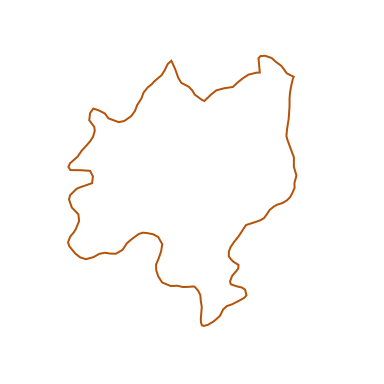 outline of Aghjabadi District, Ağcabədi, Azerbaijan, rotated 341°
{"feature_id": "54616110B84161876100413", "entity_name": "Aghjabadi District", "entity_type": "district", "adm_level": 2, "iso_a3": "AZE", "parent_name": "Azerbaijan", "parent_adm1": "Ağcabədi", "projection": "orthographic", "projection_center": [47.427, 39.997], "detail": "fine", "context": "isolated", "style": "outline", "palette": "amber", "viewbox_px": 384, "rotation_deg": 341, "n_neighbors": 0, "source": "geoboundaries", "source_scale": "gbopen_adm2", "svg_char_len": 2244}
<svg xmlns="http://www.w3.org/2000/svg" viewBox="0 0 384 384"><g transform="rotate(341 192 192)"><path d="M215.2,61.2L210.7,63.1L205.4,68.4L201.2,71.7L192.1,75.2L189.3,76.9L184.2,78.7L178.6,82.2L174.6,87.1L168.3,92.1L164.6,96.7L159.2,100.5L151.1,102.8L145.5,102.1L136.9,95.1L135.2,89.4L129.9,84.0L125.8,81.0L121.3,84.2L118.2,90.7L118.3,91.0L120.8,98.7L119.9,102.7L116.3,107.7L112.3,110.8L108.0,113.3L100.6,117.4L95.4,121.3L86.1,125.1L83.3,128.0L84.2,131.7L94.2,135.3L102.5,138.8L103.4,145.0L100.4,151.1L88.1,151.1L83.9,151.4L75.6,155.4L73.3,159.0L73.3,163.6L73.3,167.5L77.3,176.1L75.8,182.7L69.9,189.4L66.9,191.8L62.4,194.5L58.4,199.2L58.3,203.2L61.5,212.0L65.0,217.4L69.8,221.0L77.7,221.5L84.2,220.3L90.0,221.1L94.4,223.5L100.0,225.6L107.5,224.1L113.7,219.3L119.2,217.1L127.8,214.4L132.1,214.4L135.9,216.1L141.4,219.2L145.4,223.6L146.9,231.7L144.8,235.6L143.5,238.0L139.3,243.4L134.3,249.1L133.4,252.0L132.7,254.6L132.6,260.7L134.3,267.8L141.3,274.0L147.5,275.8L152.5,278.9L158.0,280.6L163.0,281.9L164.1,283.3L165.7,287.5L166.3,292.2L164.9,297.8L163.8,303.9L161.5,309.2L159.1,314.6L158.0,318.2L158.0,320.5L158.0,321.3L159.5,322.4L163.7,322.8L169.6,321.6L173.5,320.2L178.3,318.1L183.0,313.3L187.7,311.2L193.5,311.2L201.7,310.0L206.8,309.1L208.0,308.5L209.9,307.4L210.4,301.5L208.0,298.5L204.4,296.3L201.3,294.0L198.6,291.8L198.9,288.9L202.8,284.2L208.0,281.3L211.0,279.2L212.2,276.0L208.4,271.4L206.8,268.0L205.9,264.7L207.4,260.4L210.6,256.6L214.1,254.0L216.0,252.6L221.3,249.3L224.5,246.9L228.9,243.4L232.4,240.8L239.1,241.0L247.0,241.0L251.5,240.2L255.7,237.3L259.6,234.2L264.7,232.4L268.3,231.7L274.0,231.9L279.0,230.8L282.9,228.9L286.6,225.6L290.4,221.4L291.7,217.0L296.1,210.5L296.5,201.4L299.6,192.5L299.2,174.0L299.5,169.8L301.6,165.1L304.0,160.3L307.1,154.6L309.9,148.0L312.1,142.8L314.6,135.5L317.0,130.0L320.7,123.4L324.1,118.0L325.7,116.1L323.7,114.2L320.2,110.5L318.7,105.4L317.5,101.8L313.6,96.1L310.9,91.2L305.5,87.0L301.0,85.8L298.4,87.2L297.0,93.0L295.0,101.1L292.0,100.2L283.6,99.4L276.2,101.3L270.2,103.6L264.7,106.0L256.3,104.4L248.1,103.8L241.4,106.2L233.3,110.0L231.4,108.2L226.3,100.8L225.3,96.0L223.2,91.4L217.4,85.3L216.2,79.7L216.1,70.7L215.4,62.5L215.2,61.2Z" fill="none" stroke="#b45309" stroke-width="2"/></g></svg>